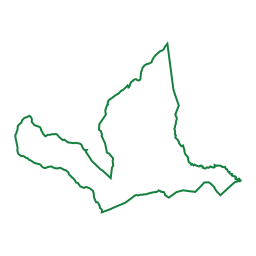 outline of Magdalena Mixtepec, Oaxaca, Mexico
{"feature_id": "50627088B67749224588844", "entity_name": "Magdalena Mixtepec", "entity_type": "district", "adm_level": 2, "iso_a3": "MEX", "parent_name": "Mexico", "parent_adm1": "Oaxaca", "projection": "robinson", "projection_center": [-96.912, 16.905], "detail": "fine", "context": "isolated", "style": "outline", "palette": "green", "viewbox_px": 256, "rotation_deg": 0, "n_neighbors": 0, "source": "geoboundaries", "source_scale": "gbopen_adm2", "svg_char_len": 4715}
<svg xmlns="http://www.w3.org/2000/svg" viewBox="0 0 256 256"><path d="M240.6,180.7L240.6,180.3L240.3,180.2L240.1,180.2L239.5,179.4L239.2,178.7L238.2,179.3L235.7,179.2L235.4,178.9L235.3,178.4L236.0,177.4L235.5,176.5L232.5,175.9L231.8,175.5L232.3,174.8L232.1,174.0L230.0,173.7L229.5,173.1L229.5,172.0L228.2,171.8L226.9,169.2L225.8,168.8L225.0,166.9L223.8,167.2L222.1,166.9L221.0,165.8L217.4,165.5L216.7,165.9L214.6,165.0L214.6,167.3L214.2,167.5L211.9,167.3L210.3,166.4L209.5,167.2L208.6,167.8L207.0,167.3L205.7,168.3L204.9,168.5L202.6,167.6L202.8,166.6L201.1,165.5L200.0,166.3L199.8,166.0L198.3,166.3L196.4,165.6L194.4,164.6L193.6,165.3L192.2,164.1L191.2,164.7L190.2,162.9L189.0,162.4L188.1,159.7L188.2,157.6L187.1,156.5L186.9,155.9L185.5,154.5L184.4,151.6L184.4,150.3L184.5,149.8L183.9,148.7L183.1,145.5L181.4,146.2L179.1,143.2L178.9,141.7L178.4,141.3L178.0,140.3L177.4,139.5L175.9,138.3L175.3,137.1L175.8,136.0L175.9,135.5L175.6,135.2L175.0,134.6L175.1,133.6L175.1,130.9L174.3,129.1L174.9,127.5L175.3,125.0L175.9,123.7L175.9,122.3L176.2,120.9L176.6,119.6L176.8,118.9L176.7,117.8L176.2,116.6L175.7,115.9L175.6,115.0L175.3,114.5L178.8,105.5L175.2,95.1L173.8,90.7L173.7,90.4L173.3,88.9L167.4,43.7L164.8,46.9L163.9,49.1L162.5,50.3L162.3,50.4L161.6,50.8L160.3,51.1L158.2,52.9L156.7,54.4L155.7,55.1L155.2,55.6L153.7,57.6L152.2,60.4L151.5,62.3L151.0,62.6L148.4,63.8L147.0,64.0L146.5,64.2L145.2,65.1L144.4,65.4L143.8,66.4L142.8,67.4L142.3,68.7L142.0,69.9L141.7,70.6L141.2,72.0L140.9,73.6L140.6,76.7L140.5,78.8L140.0,79.7L139.5,80.2L138.6,80.5L138.2,80.4L137.6,80.3L136.9,79.9L136.3,79.3L136.0,79.1L133.9,79.7L133.4,80.2L132.7,81.1L131.1,82.1L130.2,83.9L129.7,85.6L129.6,86.1L128.8,87.5L128.5,87.6L128.3,86.7L127.9,85.7L127.5,85.4L126.5,86.8L125.6,87.5L124.8,88.2L123.8,89.3L122.7,90.2L121.7,90.5L121.4,90.7L121.1,91.1L120.7,91.2L120.4,91.4L119.7,92.3L119.4,92.5L119.3,92.8L118.6,93.5L118.1,93.9L117.2,94.3L115.6,95.2L114.4,96.1L111.7,98.2L110.0,99.2L109.6,99.6L109.1,99.9L108.8,100.2L108.1,101.5L107.9,102.0L107.7,102.8L107.7,103.4L108.1,104.3L108.0,104.5L107.2,105.0L106.4,107.0L106.0,107.9L106.1,108.0L105.8,108.9L105.5,109.5L105.3,111.0L105.9,114.5L99.4,124.1L99.2,125.3L99.2,126.0L99.3,126.5L99.0,129.4L99.2,130.0L100.9,131.2L101.7,133.4L101.9,135.4L101.6,135.9L105.1,143.4L106.9,152.5L109.1,153.6L113.1,158.4L112.9,160.0L112.6,160.7L113.2,165.2L113.0,165.8L112.8,166.4L112.0,167.5L110.7,178.1L102.4,170.4L100.6,169.4L97.2,166.1L93.4,162.5L92.0,161.2L90.0,158.1L87.8,154.7L86.0,152.1L86.0,151.2L86.7,150.1L84.6,150.2L83.8,149.3L82.8,148.0L81.8,145.8L81.4,144.6L81.1,144.4L80.2,143.8L79.9,143.6L75.3,142.8L73.8,143.2L67.9,142.4L64.3,139.6L62.7,140.1L59.5,137.3L56.7,134.2L55.3,134.0L54.1,134.2L52.1,134.3L51.2,134.3L50.5,134.7L49.4,134.9L48.1,134.7L47.4,135.1L45.3,136.3L43.2,134.0L42.7,133.3L42.3,131.9L41.1,130.2L41.0,129.0L40.1,127.3L39.3,126.9L37.1,126.0L35.0,125.5L34.5,125.2L31.7,121.9L31.8,120.9L31.9,120.5L31.9,119.2L31.2,117.6L30.2,116.3L29.3,115.8L27.2,117.1L25.4,117.5L24.0,118.3L22.2,120.2L21.4,122.6L19.9,123.7L18.6,125.0L17.9,125.9L17.7,126.8L17.6,128.7L17.5,129.6L16.7,131.5L16.4,133.2L15.4,134.7L15.4,136.6L15.6,137.8L15.8,139.6L16.4,141.3L16.7,143.9L17.2,145.5L17.6,148.3L17.3,150.6L18.2,153.6L18.7,154.2L19.3,154.7L21.2,156.1L22.8,156.0L23.6,156.1L24.9,157.0L25.5,157.5L26.3,157.9L27.6,158.3L28.7,159.4L29.2,159.9L30.5,160.3L33.0,161.9L34.1,162.8L34.7,163.1L39.6,164.2L40.8,165.0L41.4,166.0L42.7,167.2L44.1,167.9L45.8,168.1L46.5,167.5L47.6,167.1L50.0,166.6L51.1,166.5L51.7,166.5L53.2,167.6L55.1,168.2L57.0,168.4L57.6,168.4L58.1,168.3L59.1,167.9L60.1,167.8L61.7,168.5L64.2,169.9L65.3,170.2L65.9,170.4L67.6,171.7L68.1,172.0L68.9,173.8L69.2,174.7L69.6,175.1L70.4,175.6L71.5,177.0L73.1,178.1L73.4,178.6L74.0,179.4L74.4,179.7L74.7,180.0L76.1,182.5L77.9,183.0L78.7,184.2L80.1,186.2L80.5,186.5L81.6,187.0L83.3,187.6L83.7,187.9L85.9,187.0L86.8,187.2L87.9,187.7L88.8,187.8L89.3,188.1L90.4,188.8L92.5,190.4L93.1,191.2L93.9,194.7L93.9,197.0L95.9,202.0L97.8,202.5L99.7,205.8L99.9,207.5L100.3,208.3L101.6,209.3L101.8,209.8L102.0,210.4L101.8,212.3L111.3,208.8L112.5,208.1L125.5,202.6L134.7,195.7L136.0,195.1L136.5,195.0L137.9,195.4L141.2,194.6L141.6,194.7L142.4,194.8L143.4,194.5L144.2,194.3L146.1,194.4L147.1,193.8L148.4,193.6L149.2,193.2L155.0,192.0L156.0,192.1L157.2,191.7L158.5,190.5L158.6,190.4L160.2,191.1L160.8,191.2L161.0,191.7L161.7,192.0L162.8,192.0L163.6,192.0L164.1,192.4L164.9,194.1L165.0,195.2L168.9,197.6L176.5,192.1L183.2,190.3L188.6,191.1L195.3,191.9L201.4,185.7L204.2,182.5L208.3,182.3L209.5,182.7L212.4,185.2L214.5,187.4L214.7,188.4L215.1,189.1L216.8,191.5L220.4,195.2L234.8,182.1L236.0,181.8L237.7,181.3L238.9,181.2L239.8,181.3L240.6,180.7Z" fill="none" stroke="#15803d" stroke-width="2"/></svg>